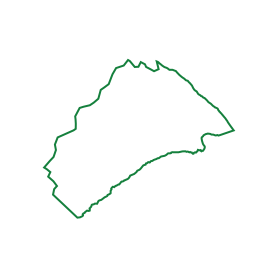 the district of Ledzokuku Municipal, Greater Accra, Ghana, rotated 246°
{"feature_id": "2480657B94892111901595", "entity_name": "Ledzokuku Municipal", "entity_type": "district", "adm_level": 2, "iso_a3": "GHA", "parent_name": "Ghana", "parent_adm1": "Greater Accra", "projection": "albers", "projection_center": [-0.125, 5.602], "detail": "fine", "context": "isolated", "style": "outline", "palette": "green", "viewbox_px": 256, "rotation_deg": 246, "n_neighbors": 0, "source": "geoboundaries", "source_scale": "gbopen_adm2", "svg_char_len": 3141}
<svg xmlns="http://www.w3.org/2000/svg" viewBox="0 0 256 256"><g transform="rotate(246 128 128)"><path d="M66.7,45.3L65.9,47.9L66.0,50.6L66.4,51.3L66.7,51.5L67.6,51.5L68.1,52.5L68.1,53.9L68.6,54.5L69.2,57.0L68.4,58.0L68.2,58.6L68.1,59.4L68.9,59.9L70.2,60.2L70.4,61.0L70.8,61.5L71.0,62.3L72.5,63.6L72.6,64.2L72.2,65.6L72.4,67.0L71.4,69.0L72.9,70.8L73.3,71.3L73.5,72.3L73.2,74.4L73.7,76.5L74.2,78.5L74.2,79.8L74.3,81.2L74.5,81.6L75.1,82.1L75.1,83.6L75.3,85.1L75.4,85.5L76.5,86.1L77.0,86.3L77.7,86.6L78.7,88.0L79.4,88.0L79.9,88.7L80.5,90.2L80.2,90.7L79.6,91.3L80.2,93.1L80.0,93.7L80.3,96.5L80.0,97.1L81.6,100.0L81.6,100.7L81.3,101.3L81.3,102.5L81.7,103.3L81.5,104.2L81.5,104.8L81.6,105.4L81.5,106.7L81.6,107.3L81.9,108.3L82.3,108.8L82.7,109.6L83.6,110.6L83.6,111.5L83.5,115.0L84.3,117.8L85.2,119.1L85.2,121.2L85.3,121.9L85.8,123.2L87.1,125.7L87.6,126.7L87.6,127.6L87.5,128.0L87.4,129.2L88.3,129.9L88.1,131.1L88.6,132.6L87.7,133.7L87.7,134.2L88.2,134.8L88.4,135.6L88.0,137.0L88.4,138.3L88.3,138.9L88.3,139.5L88.1,141.2L88.3,142.7L87.9,143.9L88.5,146.6L87.9,149.2L87.7,150.2L87.8,151.9L88.1,153.0L88.5,154.0L88.4,154.6L87.7,156.3L87.6,157.1L88.0,157.5L87.9,158.5L85.3,164.2L84.9,166.2L84.5,168.2L84.0,169.4L83.3,171.1L82.5,171.7L82.2,172.9L81.6,173.6L81.2,173.8L80.8,174.2L80.8,175.0L80.1,175.5L79.7,176.3L79.0,176.4L78.1,176.8L77.9,177.4L78.5,178.1L78.5,179.3L77.9,180.0L78.4,181.0L78.4,181.8L79.6,183.0L78.4,184.5L78.3,185.4L77.7,185.6L77.1,185.4L76.8,185.6L76.9,186.6L76.7,187.3L77.4,188.4L77.8,189.1L78.4,189.7L78.8,190.1L80.0,190.6L81.5,190.2L83.1,190.0L84.6,190.2L86.2,190.4L87.5,190.7L88.8,191.1L89.4,191.5L90.0,193.3L90.6,194.1L90.7,195.3L90.8,196.6L90.6,197.5L90.5,198.4L90.0,199.4L89.0,200.9L88.1,201.5L87.2,203.3L85.7,204.8L85.4,205.5L85.2,206.8L84.3,207.6L84.1,209.2L83.9,211.3L82.8,223.6L87.9,222.5L89.9,222.1L92.6,221.6L94.1,221.5L95.8,221.1L96.6,221.0L97.5,220.8L99.1,220.3L99.9,220.1L100.8,219.8L101.5,219.7L102.1,219.4L103.2,219.2L104.6,218.6L105.3,218.5L105.9,218.1L106.6,218.1L107.3,217.8L108.4,217.8L109.2,217.8L110.1,217.2L111.5,215.8L111.8,215.8L113.7,214.6L116.4,213.6L118.9,212.0L121.1,211.4L122.6,210.8L124.3,210.1L124.9,209.4L125.1,209.2L125.7,208.9L126.2,208.8L126.6,208.7L127.5,207.7L128.3,207.5L129.9,206.3L130.5,206.0L131.0,205.9L131.9,205.8L133.4,205.6L135.1,204.5L136.1,204.1L137.9,203.8L140.8,203.7L143.8,202.8L145.2,202.2L146.8,201.8L148.1,200.3L150.1,199.5L151.2,198.8L152.5,198.0L155.6,196.5L159.0,195.3L160.5,194.9L163.0,192.4L163.8,190.7L164.2,189.7L165.1,189.0L166.1,188.6L167.3,187.7L168.8,186.1L171.0,184.7L173.3,183.6L174.3,183.0L175.7,182.5L176.5,181.9L177.1,181.3L169.3,179.9L169.3,174.9L172.6,172.4L176.4,169.4L179.3,169.4L183.0,166.5L179.7,162.4L181.0,159.0L188.4,156.9L190.1,155.7L186.8,149.5L187.6,141.5L183.4,135.7L175.9,128.2L174.7,122.8L173.9,118.6L166.8,112.8L165.1,107.0L164.3,102.4L165.5,96.1L166.0,92.0L160.1,84.5L157.2,83.6L153.0,82.0L148.5,79.9L148.0,77.4L148.0,68.2L148.0,64.1L148.0,59.9L142.6,54.5L137.2,53.2L131.8,48.2L129.7,43.2L126.0,35.3L123.5,37.0L119.3,39.1L116.0,35.3L109.7,38.2L103.9,39.5L102.2,35.7L97.6,32.4L66.7,45.3Z" fill="none" stroke="#15803d" stroke-width="2"/></g></svg>